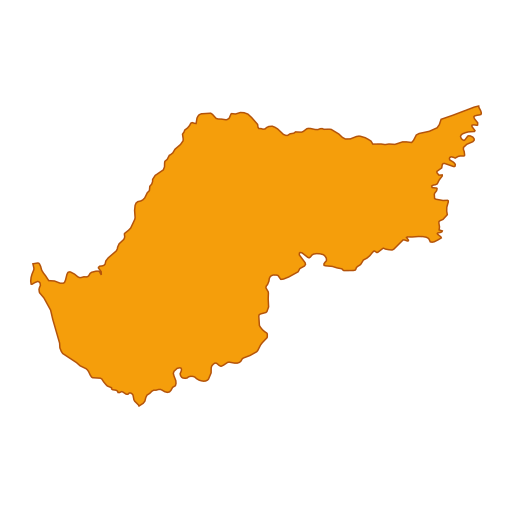 Bu Dop, Bình Phước, Vietnam (Albers equal-area conic projection)
{"feature_id": "81297802B5857215594058", "entity_name": "Bu Dop", "entity_type": "district", "adm_level": 2, "iso_a3": "VNM", "parent_name": "Vietnam", "parent_adm1": "Bình Phước", "projection": "albers", "projection_center": [106.839, 11.984], "detail": "fine", "context": "isolated", "style": "filled", "palette": "amber", "viewbox_px": 512, "rotation_deg": 0, "n_neighbors": 0, "source": "geoboundaries", "source_scale": "gbopen_adm2", "svg_char_len": 6066}
<svg xmlns="http://www.w3.org/2000/svg" viewBox="0 0 512 512"><path d="M139.0,406.0L143.2,403.3L144.9,401.1L145.8,397.5L147.0,395.1L149.8,393.3L151.9,391.2L153.7,390.2L156.0,390.2L158.5,389.5L160.4,389.4L162.2,390.2L164.7,391.7L167.4,392.4L169.5,391.9L171.0,390.3L172.6,387.4L175.4,385.7L176.0,383.5L175.8,380.7L174.0,376.0L173.3,373.4L174.0,371.3L177.1,368.4L179.5,367.8L180.8,368.0L181.5,369.1L181.3,370.9L180.1,373.8L180.6,375.7L181.7,377.3L182.9,378.0L185.2,378.3L187.1,378.0L188.6,376.8L190.7,376.3L192.9,376.4L194.7,377.0L196.6,378.7L199.2,380.2L201.3,380.8L203.6,381.2L205.7,381.0L207.5,380.1L208.5,379.1L211.1,372.9L211.2,367.7L211.9,365.7L213.4,364.1L214.7,363.2L216.0,363.1L216.9,363.5L219.0,365.3L220.6,366.2L221.4,366.2L223.6,365.1L227.6,362.4L229.1,362.1L234.5,363.1L237.4,363.1L239.4,362.4L240.8,361.3L242.2,358.9L243.4,358.0L250.0,355.5L256.6,351.8L257.7,350.6L260.6,344.9L262.3,342.7L267.1,337.6L267.3,336.5L267.3,334.0L266.8,333.1L264.6,331.6L262.4,329.7L260.4,327.2L259.4,325.5L258.8,316.2L259.0,315.0L260.3,314.0L265.9,312.5L266.9,311.6L268.6,306.9L268.2,299.0L268.4,293.3L268.2,291.8L266.1,288.2L265.9,287.4L266.3,286.0L267.5,284.6L268.9,281.2L269.3,278.5L270.0,277.0L271.3,275.7L273.3,275.0L276.7,275.1L278.0,275.5L280.7,279.3L281.9,279.3L283.7,279.0L288.7,277.0L298.1,271.8L299.8,268.6L304.5,266.0L305.5,264.4L305.1,262.7L299.3,254.9L299.4,253.1L300.1,252.5L302.1,252.9L307.7,257.3L308.6,257.7L309.2,257.8L310.4,257.0L311.9,255.1L313.5,254.1L316.5,253.6L320.1,253.8L323.4,254.7L324.9,256.0L326.2,257.9L326.5,259.9L326.3,260.9L324.8,262.5L323.9,264.0L324.1,265.4L325.6,265.8L332.3,266.4L337.1,267.9L341.8,268.8L343.0,270.1L343.9,270.6L353.4,270.5L355.2,270.1L355.7,269.5L356.4,267.6L357.5,266.5L360.1,264.9L360.9,264.1L363.4,260.0L367.0,258.1L369.8,255.7L372.4,252.5L373.7,251.2L374.2,251.0L375.0,251.3L376.7,252.5L377.7,252.4L382.9,248.4L383.5,248.2L385.5,249.1L388.8,249.7L392.1,250.0L393.8,249.2L403.1,239.9L404.2,239.9L407.4,241.0L408.2,240.9L408.5,240.2L406.5,237.4L407.5,236.9L411.9,237.0L418.5,236.5L423.0,236.6L426.2,237.2L428.0,238.1L429.0,239.1L430.3,241.9L432.2,242.2L434.2,241.8L438.0,239.9L441.3,237.9L440.9,236.9L437.6,234.2L437.3,233.5L437.9,232.9L440.7,232.4L442.0,231.7L442.3,230.9L439.1,229.9L439.5,226.9L438.9,223.2L438.9,221.7L439.8,220.8L443.0,219.4L447.3,214.7L446.7,211.1L446.8,207.2L448.3,201.9L448.2,200.7L447.5,200.3L443.0,200.5L435.8,199.2L434.6,198.5L434.3,194.4L434.6,193.3L436.6,190.7L437.1,188.7L436.7,188.1L432.2,187.6L431.9,187.1L431.7,186.0L433.2,185.1L435.5,184.7L437.2,183.9L439.2,180.0L442.3,175.9L442.2,174.9L439.0,175.2L436.9,172.7L436.9,171.4L441.7,167.9L442.3,164.5L443.1,163.6L444.5,163.4L453.4,166.5L454.3,166.6L455.1,166.1L455.3,164.4L454.4,163.1L453.2,162.0L449.7,159.9L449.4,158.7L449.7,157.5L451.2,156.8L453.7,157.4L455.2,158.1L458.2,156.4L460.2,156.0L463.9,156.0L464.5,155.6L464.6,154.9L464.2,151.6L463.4,149.4L463.5,147.4L466.8,144.3L472.8,141.7L474.1,140.3L474.2,139.4L474.0,138.6L472.8,137.1L470.3,135.9L468.5,135.8L467.8,136.1L465.2,139.5L464.4,140.3L463.8,140.4L462.0,139.4L460.8,137.6L460.5,136.4L461.0,135.2L462.4,133.9L465.4,132.7L468.3,131.9L474.4,131.5L475.0,130.7L472.0,126.6L471.8,125.7L472.0,125.2L473.6,124.8L477.1,125.3L477.6,125.0L477.7,122.8L474.5,118.8L473.8,116.9L474.5,116.0L476.9,115.3L479.5,114.9L480.9,114.5L481.3,113.6L481.2,112.3L480.6,110.6L478.9,107.4L478.7,106.0L474.2,107.1L452.7,115.3L441.1,119.3L439.3,124.7L437.1,127.8L429.3,131.3L419.1,133.5L416.3,135.0L413.5,140.4L411.6,142.5L406.5,141.9L402.5,141.9L394.9,144.4L389.0,144.0L385.1,144.6L381.1,144.0L372.8,144.1L371.0,141.1L368.2,139.3L365.2,137.7L360.5,136.3L359.0,136.1L356.5,136.5L350.3,138.9L345.4,139.0L342.4,137.4L338.8,134.0L331.2,129.4L329.3,129.2L323.9,129.3L322.2,128.6L320.3,128.7L317.9,129.6L315.1,129.5L310.6,128.5L308.3,128.4L306.9,128.7L303.3,131.4L301.5,132.2L295.5,131.9L293.8,133.2L290.1,133.8L287.6,135.4L285.8,135.4L283.4,134.4L277.6,128.9L274.8,127.2L272.2,126.2L268.8,126.5L266.5,127.6L265.1,128.9L263.0,129.2L261.2,128.6L258.8,128.5L258.0,127.3L257.6,124.4L251.6,117.5L247.9,114.1L244.0,112.7L240.4,112.5L235.5,114.0L231.6,113.6L231.0,114.0L229.2,118.2L227.3,119.5L226.1,119.8L221.5,119.1L218.2,119.0L216.1,118.4L212.5,114.4L210.7,113.2L201.3,113.8L199.1,114.8L197.9,116.3L197.0,118.1L196.1,123.5L194.5,123.3L192.2,122.6L190.8,123.2L189.6,125.5L187.6,127.9L184.7,130.1L184.1,131.9L182.5,134.2L183.2,139.0L183.1,140.8L180.5,144.5L175.0,149.2L172.8,152.9L170.7,154.6L169.3,155.3L167.2,159.4L164.9,161.3L164.6,162.9L164.5,166.9L163.3,169.9L155.2,175.4L152.8,179.1L152.6,179.6L152.6,181.5L151.7,184.1L149.8,186.3L149.4,190.6L147.3,192.7L144.7,198.0L142.8,199.9L140.7,201.0L137.9,201.6L136.1,203.0L135.1,205.4L134.6,210.4L135.1,217.6L134.8,219.3L132.8,223.6L130.7,228.0L128.6,230.2L124.5,233.5L124.4,234.6L124.7,236.4L124.5,237.9L123.7,239.5L119.1,243.8L117.6,247.2L117.4,248.8L116.3,250.9L108.2,257.9L105.8,261.0L105.1,264.1L104.1,265.2L102.4,265.9L99.7,266.2L98.5,267.3L98.4,267.9L101.2,271.7L101.3,274.3L101.0,274.4L99.4,271.5L98.3,271.1L95.8,271.2L91.6,272.3L90.1,273.4L88.8,275.6L87.9,276.5L86.7,276.9L83.8,276.8L80.9,277.6L79.5,277.6L77.8,276.8L74.5,274.1L70.5,272.0L69.3,271.9L68.1,272.3L67.6,273.0L66.9,274.5L65.5,280.1L64.5,282.4L63.4,283.2L60.2,283.2L54.5,281.0L48.7,280.6L45.5,275.7L43.4,273.0L41.7,270.2L40.6,266.3L39.5,264.0L38.7,263.2L37.7,263.0L32.9,263.8L33.9,268.1L33.8,269.8L32.0,274.2L31.1,277.4L30.7,281.0L31.1,284.1L31.9,284.3L34.8,282.6L37.8,281.4L39.2,282.0L40.1,283.1L40.4,285.4L39.5,287.5L39.0,289.4L39.3,291.9L39.6,292.8L43.9,297.9L50.6,310.1L52.8,319.5L59.6,343.1L59.9,347.9L61.3,351.4L62.7,353.5L76.5,362.6L80.1,365.8L86.1,368.7L87.6,370.1L88.7,371.8L90.3,375.2L91.6,377.1L92.6,377.7L100.4,378.2L101.8,379.0L103.6,381.8L106.0,384.7L107.3,386.0L111.5,387.7L111.6,389.0L112.6,389.7L115.8,390.2L116.8,390.6L117.7,391.5L118.0,392.5L119.4,392.6L121.6,391.6L122.7,391.9L126.0,394.1L127.3,394.3L128.2,394.1L129.0,393.2L129.8,392.9L130.9,393.1L132.2,394.0L133.0,395.1L133.9,399.7L134.7,401.2L138.4,404.9L139.0,406.0Z" fill="#f59e0b" stroke="#b45309" stroke-width="1.5"/></svg>